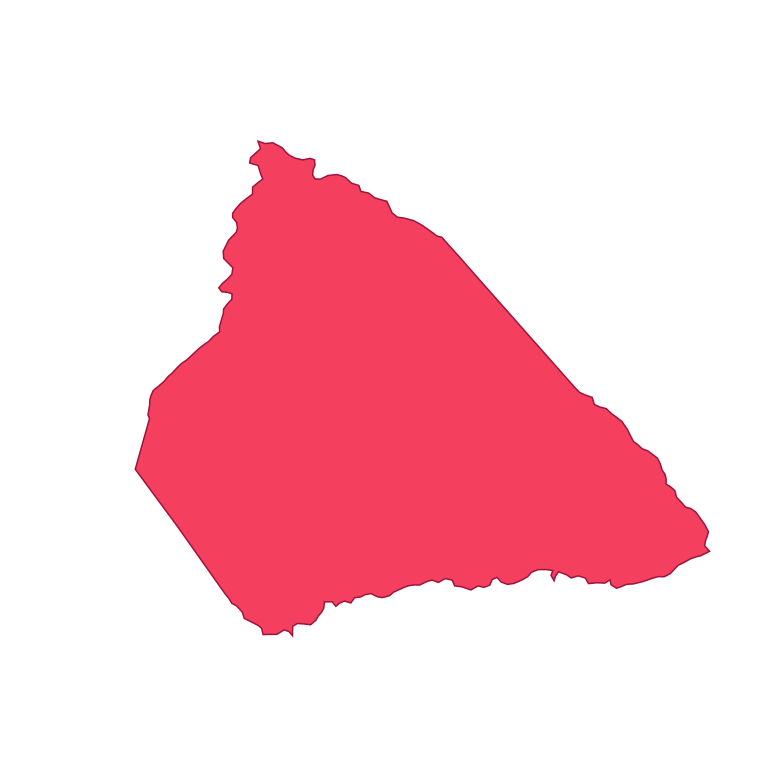 Buritirana, Maranhão, Brazil, rotated 72°
{"feature_id": "56859067B76423615647039", "entity_name": "Buritirana", "entity_type": "district", "adm_level": 2, "iso_a3": "BRA", "parent_name": "Brazil", "parent_adm1": "Maranhão", "projection": "natural_earth1", "projection_center": [-47.054, -5.512], "detail": "fine", "context": "isolated", "style": "filled", "palette": "rose", "viewbox_px": 768, "rotation_deg": 72, "n_neighbors": 0, "source": "geoboundaries", "source_scale": "gbopen_adm2", "svg_char_len": 2834}
<svg xmlns="http://www.w3.org/2000/svg" viewBox="0 0 768 768"><g transform="rotate(72 384 384)"><path d="M643.7,126.0L637.0,129.1L631.9,126.3L628.5,123.5L624.7,121.1L616.3,122.5L602.0,127.1L597.1,130.9L594.2,135.4L589.6,137.2L582.0,140.8L575.3,140.3L570.6,143.1L566.4,146.6L561.7,145.1L557.0,144.6L551.7,146.1L545.4,145.9L539.0,146.9L529.2,153.7L525.4,158.5L519.6,161.7L515.8,164.5L510.0,165.5L502.7,166.5L497.6,168.0L493.1,169.3L488.0,172.8L482.4,176.9L476.1,180.2L472.6,185.9L468.4,190.3L461.2,190.1L456.4,196.3L452.4,200.6L446.1,203.7L341.0,249.4L297.1,268.5L286.2,273.1L281.8,275.1L272.2,279.4L262.3,283.7L259.5,288.1L255.3,290.9L244.8,298.7L237.9,305.2L232.6,313.3L229.4,319.8L223.8,323.4L216.9,324.2L211.1,324.8L207.7,330.1L204.0,335.4L197.6,339.7L193.8,346.4L187.4,346.6L182.9,352.9L175.6,357.0L172.6,360.4L170.2,364.2L168.4,372.8L169.5,381.0L167.7,386.2L163.2,387.3L158.1,385.0L154.6,382.0L149.4,380.8L146.7,384.3L145.7,392.1L141.5,399.1L137.0,403.5L133.2,405.6L127.8,407.9L120.3,415.1L118.5,422.9L114.1,428.8L122.1,428.8L127.5,440.9L132.3,443.5L137.3,436.2L146.3,436.4L151.5,435.9L153.1,440.4L156.1,448.1L162.8,450.4L164.8,456.4L167.9,464.6L171.3,470.3L174.9,475.2L178.9,476.5L185.1,474.2L190.4,475.2L194.0,477.6L199.2,487.3L208.0,495.9L215.1,497.7L226.8,491.8L232.6,494.8L236.1,501.0L238.3,506.4L241.5,511.4L246.1,509.9L248.5,504.4L251.3,500.7L256.3,502.5L259.7,508.5L263.1,513.4L267.7,515.2L272.4,518.6L278.8,522.9L283.6,524.2L286.0,531.5L289.3,537.6L290.7,542.5L293.1,549.0L300.1,564.0L302.0,570.5L304.9,576.3L308.3,582.4L310.1,586.8L313.4,592.1L316.7,599.9L318.9,605.5L322.7,608.9L326.3,611.4L331.8,613.5L340.3,618.0L344.6,617.8L388.2,646.9L455.2,624.6L533.7,600.2L539.7,597.9L545.6,596.5L549.6,592.7L557.0,589.3L563.7,589.3L574.8,578.2L578.6,575.9L585.0,576.4L586.7,570.4L589.0,563.3L587.0,554.9L590.2,550.8L595.1,548.8L586.2,545.7L585.0,540.5L587.3,534.6L590.3,528.2L587.5,521.6L584.4,518.3L582.0,514.2L578.6,510.6L572.8,507.9L575.1,500.7L580.6,498.5L578.8,494.3L578.2,488.8L582.0,483.2L578.2,478.1L579.3,471.8L578.5,467.2L579.3,461.1L584.4,455.9L586.7,451.4L587.0,444.0L584.9,439.2L584.2,432.6L583.6,427.7L583.5,422.9L584.4,417.4L586.2,412.2L585.1,404.3L585.3,398.8L589.5,393.7L588.0,386.0L591.6,379.7L597.8,379.2L600.7,373.0L606.7,365.0L605.1,357.0L608.2,351.9L608.0,345.6L603.4,341.5L602.9,336.2L608.5,333.8L612.7,328.6L613.8,322.4L613.4,317.0L612.7,311.8L611.6,306.7L608.7,302.1L608.1,295.0L610.7,286.8L613.6,281.1L617.6,284.3L623.7,283.0L619.9,280.4L616.5,276.0L621.9,269.3L626.3,265.9L626.5,258.6L630.7,252.5L637.0,251.2L638.9,242.7L641.6,235.5L640.1,229.6L645.2,230.1L650.1,225.9L649.9,220.0L649.5,215.1L651.2,208.6L651.9,199.1L651.7,188.4L651.9,182.8L653.9,177.1L652.8,170.3L647.3,160.3L646.5,154.2L645.0,146.6L644.8,141.5L645.2,135.9L643.7,126.0Z" fill="#f43f5e" stroke="#9f1239" stroke-width="1.5"/></g></svg>